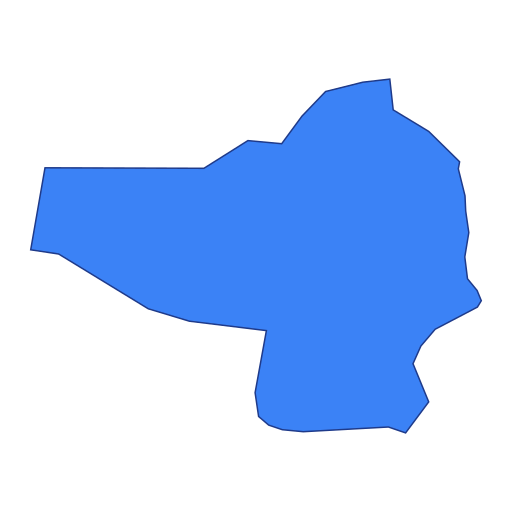 SVG path tracing the border of Varaklanu
{"feature_id": "LVA-5800", "entity_name": "Varaklanu", "entity_type": "Municipality", "adm_level": 1, "iso_a3": "LVA", "parent_name": "Latvia", "parent_adm1": "", "projection": "orthographic", "projection_center": [26.664, 56.633], "detail": "fine", "context": "isolated", "style": "filled", "palette": "blue", "viewbox_px": 512, "rotation_deg": 0, "n_neighbors": 0, "source": "natural_earth", "source_scale": "10m", "svg_char_len": 570}
<svg xmlns="http://www.w3.org/2000/svg" viewBox="0 0 512 512"><path d="M459.6,161.8L458.3,168.8L465.0,195.8L465.7,211.1L468.8,232.6L464.8,256.9L467.5,278.8L477.1,290.5L481.3,300.7L477.4,307.1L435.2,329.2L420.9,346.0L413.0,363.7L428.7,401.9L405.6,432.9L388.4,427.0L303.2,431.7L282.3,429.7L268.7,425.1L258.6,416.5L255.1,392.7L266.4,330.6L189.4,321.2L148.3,308.8L58.6,254.0L30.7,249.8L45.0,167.8L203.9,168.3L247.9,140.6L281.7,143.7L302.0,116.1L325.6,91.5L362.8,82.2L389.8,79.1L393.2,109.9L428.7,131.4L459.6,161.8Z" fill="#3b82f6" stroke="#1e3a8a" stroke-width="1.5"/></svg>